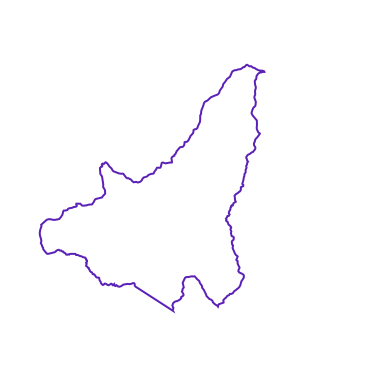 outline of El Águila, Valle del Cauca, Colombia, rotated 39°
{"feature_id": "7082276B1381167873192", "entity_name": "El Águila", "entity_type": "district", "adm_level": 2, "iso_a3": "COL", "parent_name": "Colombia", "parent_adm1": "Valle del Cauca", "projection": "orthographic", "projection_center": [-76.062, 4.938], "detail": "fine", "context": "isolated", "style": "outline", "palette": "violet", "viewbox_px": 384, "rotation_deg": 39, "n_neighbors": 0, "source": "geoboundaries", "source_scale": "gbopen_adm2", "svg_char_len": 6100}
<svg xmlns="http://www.w3.org/2000/svg" viewBox="0 0 384 384"><g transform="rotate(39 192 192)"><path d="M172.7,53.1L172.2,52.8L170.6,53.3L168.0,55.1L166.9,55.6L163.9,56.2L162.6,56.2L161.0,57.0L158.8,57.0L157.6,58.2L155.6,58.3L154.7,58.5L154.3,59.0L154.1,61.9L153.3,62.7L152.9,64.7L152.3,66.1L150.6,67.9L149.5,69.7L148.6,70.4L147.5,72.7L147.6,73.6L149.0,78.6L148.1,82.1L148.4,85.2L148.4,88.6L149.5,90.8L149.8,95.7L150.7,97.7L150.8,99.3L150.4,100.5L148.6,103.5L147.0,106.8L146.5,111.1L145.3,113.6L145.3,114.7L145.5,115.7L146.2,117.2L147.3,120.4L147.7,122.1L148.8,124.2L149.6,125.1L149.9,125.8L150.2,127.3L153.1,131.0L154.2,132.9L155.1,136.8L155.9,138.9L155.7,140.3L154.4,142.0L154.2,142.8L155.5,144.9L155.8,145.7L155.6,149.3L156.6,153.5L156.7,155.4L156.4,156.2L155.4,157.1L154.9,157.9L155.2,158.6L155.7,159.0L156.1,159.9L156.5,161.1L156.5,162.3L156.3,162.8L154.7,164.5L154.5,165.0L154.4,170.0L155.2,172.7L154.9,174.0L155.5,174.9L155.0,175.7L154.5,177.7L154.8,178.7L157.7,181.4L157.8,181.8L156.3,183.0L153.4,186.4L150.9,187.4L150.3,188.0L150.3,188.8L151.5,191.1L152.1,192.9L151.7,193.5L150.0,194.7L149.5,195.3L149.9,197.1L150.0,200.0L150.4,201.1L150.4,202.1L149.0,203.5L147.9,205.3L147.5,206.0L147.3,208.2L145.3,211.2L145.2,212.6L145.6,214.7L145.5,216.0L145.0,217.3L143.9,218.7L142.2,219.3L140.6,221.1L138.8,221.2L136.8,220.7L135.0,221.2L133.8,221.3L133.2,222.0L132.7,222.2L131.6,222.2L127.2,221.1L126.5,221.4L126.0,222.0L123.6,223.5L118.1,225.3L117.0,225.3L114.5,224.3L112.0,224.2L108.3,223.1L106.8,223.1L106.1,223.3L106.0,223.6L106.0,225.0L105.8,225.7L104.8,226.0L104.5,226.8L104.7,227.6L105.8,228.0L106.0,228.4L106.0,229.2L105.4,229.8L105.4,231.4L109.2,235.4L109.9,235.9L111.7,236.3L112.7,236.9L118.1,241.8L119.9,244.1L122.5,245.0L123.6,245.7L125.5,247.9L125.6,248.2L125.3,251.0L125.5,252.8L121.7,257.9L121.4,258.6L121.5,259.7L122.0,262.1L122.1,264.2L122.0,264.7L119.5,267.0L118.5,268.7L115.9,271.3L114.9,271.7L112.6,271.4L109.5,273.8L109.6,274.3L111.2,275.3L111.2,276.1L110.9,276.7L109.5,278.1L108.9,279.6L106.8,281.9L106.3,283.3L106.4,284.4L106.1,285.2L104.0,287.2L104.1,288.0L105.6,291.2L105.9,294.2L105.8,296.6L103.3,299.6L101.8,300.9L99.6,302.0L97.8,303.2L96.6,305.0L95.4,312.4L96.5,313.2L97.9,317.0L99.4,319.6L101.1,321.4L103.1,322.8L103.9,323.2L105.8,324.9L106.7,326.9L108.9,327.8L110.0,328.7L111.1,328.9L112.5,330.1L115.9,330.9L118.3,331.2L119.2,330.5L123.2,325.2L123.6,323.8L123.5,323.0L124.5,321.0L124.9,320.7L126.4,320.6L127.1,319.8L128.6,319.9L129.5,319.3L130.1,319.7L130.5,319.7L131.2,319.4L131.7,319.5L131.9,319.4L132.5,319.4L133.7,319.8L134.8,319.0L135.0,318.3L135.9,318.0L136.2,316.8L140.3,313.5L140.8,313.5L141.6,313.9L142.9,312.8L145.2,312.3L146.6,311.5L148.2,311.3L150.0,310.3L150.3,310.5L151.4,310.4L152.2,311.3L152.9,311.1L153.6,311.4L154.3,312.2L154.1,313.0L154.2,313.7L155.4,314.1L155.9,315.7L156.3,316.1L157.8,316.0L158.7,316.4L159.5,316.0L160.7,316.9L161.7,317.1L162.3,317.6L163.8,317.8L164.5,317.5L165.1,317.5L166.2,318.2L166.8,318.2L167.3,317.6L168.1,317.8L169.1,317.7L170.3,318.3L171.6,318.4L172.4,318.0L173.1,317.4L173.9,317.2L175.6,318.7L177.5,319.3L178.6,320.1L179.5,320.4L181.1,320.4L181.7,319.7L181.7,318.3L182.2,317.8L183.5,317.4L184.8,317.4L186.0,316.8L186.8,314.2L187.7,314.0L188.3,314.2L188.7,313.8L188.9,314.2L189.1,314.3L189.7,313.6L189.6,312.6L191.0,313.4L191.5,313.4L191.8,313.1L191.9,312.0L192.9,311.8L194.0,312.0L195.2,311.3L196.3,309.6L196.8,307.4L199.6,304.1L201.7,302.7L202.8,301.3L203.4,300.0L204.4,299.3L205.1,299.4L206.5,300.8L207.6,301.1L252.1,296.3L251.3,295.9L251.1,295.0L250.4,293.7L249.3,293.4L248.9,292.9L248.2,292.6L247.3,290.3L247.6,288.3L248.2,287.2L249.2,286.0L250.4,282.9L250.4,281.3L249.7,280.5L250.4,278.2L250.3,277.5L249.7,276.8L246.8,275.7L246.5,274.4L245.8,273.5L245.7,271.4L242.1,268.6L241.8,268.0L240.6,263.1L240.9,262.2L241.4,261.4L242.8,260.3L244.9,257.6L245.8,257.2L247.0,255.9L247.5,255.9L250.7,256.5L253.7,256.6L255.3,257.7L259.0,258.8L260.1,260.0L262.7,260.6L267.2,262.7L268.8,263.7L272.7,264.2L275.0,263.6L276.7,263.8L277.7,264.6L281.2,264.8L282.7,264.4L284.3,264.7L283.6,263.2L283.6,262.1L286.1,258.2L285.9,257.6L284.7,256.8L284.4,256.1L284.6,253.9L284.9,252.5L284.8,250.6L285.7,248.8L285.6,247.3L286.9,246.2L287.4,244.9L287.2,242.5L288.0,240.1L288.0,239.1L288.4,238.1L288.6,236.2L288.2,234.0L286.6,230.4L286.2,226.1L285.0,224.4L284.6,224.1L282.9,223.9L279.4,224.8L277.9,224.4L277.3,223.5L276.7,221.2L276.4,220.7L274.6,220.0L272.5,218.9L271.0,217.0L269.4,217.0L269.1,216.8L268.8,215.4L268.0,213.3L265.6,213.3L264.4,212.9L258.8,210.0L257.6,207.8L257.3,207.6L256.5,207.6L255.7,207.1L254.2,205.6L254.0,204.9L254.3,203.0L253.7,201.8L252.9,200.9L252.2,200.8L250.9,201.2L250.4,201.2L248.2,199.5L247.3,197.8L246.1,197.3L245.3,196.7L245.0,195.3L244.8,194.9L244.0,194.8L243.9,194.5L243.3,194.3L240.8,194.3L238.3,192.7L237.5,193.0L236.5,192.8L236.1,191.7L235.2,191.4L235.1,189.7L234.7,188.3L235.6,187.5L235.4,186.6L235.4,185.9L233.8,185.2L233.0,183.5L233.1,182.3L232.8,181.9L232.6,181.1L231.9,180.2L231.9,179.1L231.4,178.7L231.2,178.0L231.2,177.4L232.0,177.2L232.2,176.8L231.3,174.7L231.6,173.6L232.2,172.2L231.9,171.8L230.8,171.4L227.4,168.0L227.5,165.7L228.3,164.0L228.4,162.8L228.9,161.2L228.5,159.4L227.0,157.6L227.1,157.1L228.1,155.4L228.0,155.0L227.4,154.2L226.3,154.2L225.9,153.9L224.8,151.1L222.9,147.7L222.6,146.5L221.8,145.5L221.4,144.6L221.4,143.6L221.2,142.8L219.9,141.3L219.1,138.9L218.8,138.5L218.0,138.0L217.6,137.3L217.5,136.2L216.3,134.0L216.5,133.2L214.9,132.7L213.6,131.7L212.6,131.3L212.2,130.7L212.0,128.9L212.1,127.7L212.8,126.4L213.7,123.1L214.3,122.2L214.1,120.9L214.2,119.5L214.0,118.6L213.2,117.5L210.8,116.6L209.7,115.5L209.4,114.9L209.2,113.4L208.6,112.7L208.1,110.8L208.3,107.9L208.1,104.0L207.7,103.8L205.9,103.9L202.9,102.4L201.9,101.4L200.2,98.9L197.4,95.6L191.2,94.4L188.9,93.5L188.5,93.0L187.4,90.5L186.7,88.1L187.0,85.3L186.4,84.0L184.8,81.7L181.6,79.8L180.8,79.0L180.3,78.3L179.9,76.6L177.3,73.7L176.2,71.1L175.4,70.2L173.3,68.7L171.4,66.8L170.9,66.1L170.7,65.2L170.9,64.1L169.1,61.0L169.0,58.2L169.7,56.2L170.6,55.5L171.2,54.4L172.7,53.1Z" fill="none" stroke="#5b21b6" stroke-width="2"/></g></svg>